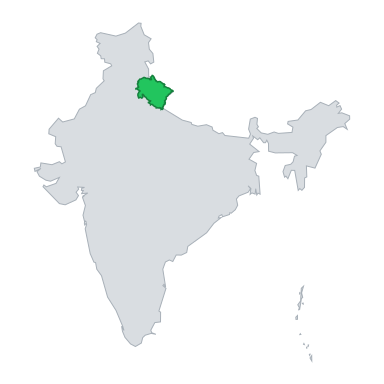 India, with Uttarakhand highlighted
{"feature_id": "IND-3254", "entity_name": "Uttarakhand", "entity_type": "State", "adm_level": 1, "iso_a3": "IND", "parent_name": "India", "parent_adm1": "", "projection": "mercator", "projection_center": [79.21, 30.097], "detail": "fine", "context": "in_parent", "style": "filled", "palette": "green", "viewbox_px": 384, "rotation_deg": 0, "n_neighbors": 0, "source": "natural_earth", "source_scale": "10m", "svg_char_len": 7920}
<svg xmlns="http://www.w3.org/2000/svg" viewBox="0 0 384 384"><path d="M34.3,168.3L40.3,167.0L40.9,162.9L52.0,164.7L59.4,161.7L61.9,163.8L65.4,161.9L61.1,146.8L57.0,146.3L55.2,143.8L55.7,136.7L48.8,133.8L49.1,129.2L58.5,118.2L62.7,122.0L74.3,118.9L79.4,109.2L85.5,105.8L90.7,94.6L95.3,92.6L96.3,88.3L104.2,80.8L103.0,78.9L103.4,70.8L111.7,65.8L110.7,63.8L104.8,62.2L104.5,58.8L101.2,58.7L100.7,55.8L97.4,53.3L99.0,49.1L97.1,46.4L100.1,43.4L96.3,41.7L97.1,39.6L95.2,37.8L97.0,34.2L100.6,32.7L115.9,36.1L125.4,33.1L138.5,23.0L141.1,23.3L140.8,26.3L144.2,34.8L151.1,38.8L148.5,42.6L149.3,49.2L152.9,53.5L153.8,62.1L150.6,63.9L148.2,60.9L144.8,61.9L148.6,69.1L148.7,77.1L152.6,76.1L156.8,81.3L163.9,83.9L164.3,86.6L173.2,91.7L166.6,97.1L163.0,108.3L182.3,120.1L191.2,122.5L191.8,124.4L197.8,126.2L206.5,124.7L212.1,127.0L212.9,130.2L218.9,133.7L222.5,132.6L224.9,135.5L248.7,138.2L250.5,134.0L248.6,129.1L250.3,119.1L255.0,117.3L257.5,118.4L256.9,124.3L258.4,126.8L256.8,128.5L261.2,132.9L267.8,134.3L274.1,132.0L278.4,133.4L292.0,132.4L292.9,127.1L287.6,123.9L288.1,121.4L297.9,120.0L305.6,110.8L311.1,109.5L320.4,102.3L328.7,105.7L335.7,100.6L339.1,103.1L336.6,105.2L336.8,107.1L340.0,105.6L341.6,109.1L338.3,113.4L341.8,112.8L349.6,115.8L349.7,119.2L344.8,123.5L347.2,129.3L343.2,126.6L337.4,127.5L325.9,135.6L325.9,142.3L319.9,150.9L321.3,154.2L315.0,168.1L306.4,165.9L306.8,176.9L304.6,178.0L304.5,187.4L301.9,190.3L299.8,188.6L298.2,190.4L294.7,170.4L291.3,170.3L287.9,178.7L285.9,176.1L284.6,177.2L283.0,171.6L285.2,165.5L290.7,164.3L293.1,161.8L294.5,156.2L297.1,155.4L292.6,152.7L275.2,152.9L268.6,151.2L268.5,143.5L266.8,140.2L265.5,142.7L263.6,142.7L259.8,137.8L257.7,139.7L252.8,136.0L253.5,138.3L249.7,144.1L259.1,151.6L253.7,152.5L249.0,159.2L256.6,163.4L254.9,170.5L256.6,175.4L258.8,176.2L260.1,194.2L258.0,193.1L256.8,195.0L255.7,188.7L255.1,194.1L251.9,192.9L250.1,194.4L250.9,188.5L248.1,185.8L250.5,188.7L248.2,192.2L239.0,195.9L236.4,199.0L237.7,205.2L235.3,209.7L231.2,213.2L229.8,212.7L229.5,214.5L222.5,216.8L221.8,214.6L219.0,216.1L218.3,218.0L221.1,217.6L213.9,223.3L206.6,232.8L187.8,246.4L186.7,252.5L181.3,255.1L176.2,255.0L172.8,261.5L169.3,260.0L165.4,262.0L162.8,269.2L165.6,286.9L163.9,284.4L162.9,285.6L166.0,288.3L158.9,311.0L160.6,312.2L160.5,321.9L154.8,322.6L150.8,330.2L151.7,332.7L155.9,334.3L151.2,333.4L145.2,335.2L142.7,337.6L141.3,343.1L135.4,346.5L130.5,343.9L125.0,337.4L122.5,331.4L121.6,326.2L124.0,330.5L122.7,326.3L116.0,310.4L107.6,297.1L101.5,275.7L96.8,269.2L95.6,262.6L93.9,262.1L90.2,253.6L85.2,228.8L86.6,224.5L86.3,223.0L84.8,225.0L84.4,223.9L84.5,221.3L86.4,221.6L84.3,220.6L83.0,215.2L85.4,205.5L82.5,197.4L83.7,196.3L82.4,196.4L87.8,193.0L81.6,193.7L83.3,190.5L81.4,190.4L81.7,188.3L84.5,187.4L77.7,187.0L78.7,189.1L76.1,192.2L78.5,195.6L75.9,199.9L65.2,204.8L59.4,203.6L43.0,186.7L43.9,185.0L46.3,186.8L56.0,183.4L59.4,177.4L50.5,181.2L45.9,180.2L39.4,176.2L37.0,171.7L40.9,168.4L35.0,171.4L34.3,168.3ZM299.8,308.5L297.8,304.8L300.6,300.9L301.3,288.3L303.5,286.2L301.6,292.9L302.7,297.4L301.4,298.6L299.8,308.5ZM311.7,355.6L311.8,361.0L310.0,358.0L311.7,355.6ZM297.5,319.3L296.0,319.4L295.8,317.2L297.5,315.5L297.5,319.3ZM306.9,347.1L306.8,348.7L306.5,347.2L306.9,347.1ZM308.6,345.0L308.0,347.0L308.2,344.9L308.6,345.0ZM310.3,353.7L309.7,355.4L309.3,354.7L310.3,353.7ZM300.8,334.5L299.8,334.6L300.3,333.7L300.8,334.5ZM299.5,309.3L298.5,310.2L299.0,308.8L299.5,309.3ZM303.0,303.0L303.5,304.5L302.4,303.4L303.0,303.0ZM304.4,344.6L303.5,344.3L303.9,343.5L304.4,344.6ZM299.9,292.9L299.4,294.5L299.7,292.7L299.9,292.9Z" fill="#d9dde1" stroke="#a8b0b8" stroke-width="1"/><path d="M164.6,86.7L165.0,86.7L165.8,86.9L166.9,87.5L167.4,87.7L167.8,88.0L168.2,88.0L168.3,87.9L168.5,87.9L168.7,88.0L169.8,88.6L170.1,88.8L170.2,89.0L170.4,89.4L170.6,89.6L171.6,90.1L172.5,90.4L172.8,90.6L173.0,90.9L173.1,91.1L173.0,91.3L172.9,91.3L172.2,91.5L171.9,91.3L171.8,91.1L171.6,91.3L171.5,91.5L171.3,91.6L171.4,92.0L171.2,92.3L170.6,92.8L170.4,92.9L170.1,93.5L169.6,93.9L169.3,94.1L169.2,94.2L169.0,94.3L168.6,94.3L168.4,94.4L168.3,94.6L168.2,95.1L168.0,95.5L167.4,96.2L167.2,96.4L166.5,96.5L166.2,96.8L166.1,97.1L166.1,97.4L166.2,97.7L166.3,98.1L166.4,98.4L166.4,98.7L166.3,98.9L166.1,99.2L166.0,99.3L165.9,99.3L165.8,99.5L165.7,99.8L165.4,100.0L165.2,100.2L165.1,100.3L165.1,100.5L164.7,100.7L164.6,100.8L164.6,101.0L164.9,101.6L165.0,102.1L165.0,102.3L165.3,102.3L165.3,102.6L165.3,102.9L165.1,103.7L164.9,103.7L164.6,103.6L164.8,104.3L164.8,104.5L164.6,104.6L164.4,104.7L164.2,104.7L163.7,104.8L163.5,105.3L163.4,105.8L163.4,106.2L163.3,106.5L163.2,106.6L162.8,106.8L162.7,107.0L162.6,107.4L162.6,107.7L162.7,108.2L162.9,108.4L163.0,108.4L163.0,108.6L162.9,108.9L162.6,109.2L162.4,109.3L162.1,109.5L161.8,109.4L161.6,109.3L161.5,109.2L161.5,108.9L161.4,108.9L161.2,108.9L161.1,109.0L161.1,108.9L161.1,108.7L161.0,108.4L160.9,108.5L160.6,108.6L160.4,108.5L160.4,108.3L160.5,108.1L160.4,107.8L160.2,107.7L159.7,107.6L159.3,107.7L159.3,107.8L159.0,108.0L158.3,107.9L158.1,108.0L157.9,108.0L157.7,107.9L157.6,107.7L157.1,107.7L156.2,108.0L156.1,107.7L156.0,107.1L155.9,107.0L155.8,106.9L155.6,106.7L155.4,106.5L155.1,106.6L154.9,106.6L154.7,106.5L153.3,105.5L153.1,105.4L153.0,105.2L153.0,104.9L152.9,104.8L152.0,104.3L151.9,104.3L151.6,104.4L150.9,104.6L150.5,104.9L150.4,104.2L150.2,103.7L148.4,102.7L148.5,102.5L148.5,102.4L148.5,102.2L148.8,102.1L149.0,102.2L149.4,101.9L149.5,101.8L149.8,101.9L150.4,101.4L150.5,101.2L150.6,100.9L150.4,100.8L149.6,100.7L149.4,100.6L147.6,99.5L147.0,99.0L146.6,98.5L146.4,98.1L146.2,97.6L145.8,97.2L144.7,96.7L144.4,96.4L144.2,95.7L143.7,95.1L143.1,94.4L142.9,94.3L142.7,94.3L142.4,94.4L142.4,94.5L142.3,95.0L142.4,95.3L142.7,96.3L142.8,96.9L142.7,97.4L142.3,97.8L141.8,98.1L141.5,98.0L141.5,97.9L141.1,97.6L140.4,97.3L140.3,97.2L140.1,97.2L139.8,97.5L138.8,98.0L138.3,97.0L138.2,96.7L138.1,96.0L137.9,95.5L137.9,95.3L137.9,94.8L137.9,94.3L137.9,94.0L138.4,93.3L138.8,92.1L139.2,91.7L139.8,91.3L140.0,91.1L140.0,90.9L139.9,90.7L138.6,90.1L137.9,89.7L137.0,88.8L136.7,88.7L136.1,89.0L136.1,88.9L136.0,88.7L135.9,88.6L136.0,88.4L136.3,88.3L136.6,88.2L136.8,88.2L137.0,88.2L137.3,88.1L138.1,87.5L138.4,87.4L138.5,87.4L138.6,87.2L138.6,86.9L138.3,86.8L138.2,86.8L138.1,86.7L137.9,86.2L138.1,86.0L138.1,85.9L138.1,85.5L138.0,85.4L137.9,85.2L137.8,84.7L137.5,84.2L137.4,84.1L137.4,83.8L137.7,83.3L137.8,82.8L137.9,82.7L138.0,82.7L138.1,82.8L138.3,82.8L138.4,82.5L138.4,82.2L138.2,81.9L137.9,81.6L138.0,81.4L138.2,81.5L138.3,81.5L138.4,81.4L138.5,81.3L138.6,81.2L138.4,80.8L138.5,80.7L139.2,79.9L139.5,79.5L139.9,79.1L140.0,79.0L140.7,79.1L140.9,79.1L141.1,79.0L141.4,78.9L141.9,78.5L142.6,78.1L143.2,77.9L143.7,77.5L143.8,77.5L144.0,77.5L144.4,77.5L144.6,77.5L144.8,77.6L145.0,77.8L145.3,77.8L145.8,78.3L146.0,78.4L146.5,78.3L146.9,78.3L147.2,78.3L147.4,78.3L147.5,78.4L147.7,78.5L147.8,78.5L148.1,78.5L148.4,78.5L148.8,78.6L149.0,78.6L149.3,78.7L149.5,79.1L149.6,79.4L149.8,79.5L150.0,79.7L150.7,79.7L150.9,79.7L151.0,79.7L151.4,79.6L151.4,79.3L151.4,79.1L151.1,78.6L150.8,78.2L150.4,77.8L150.3,77.7L150.6,77.8L150.8,77.4L151.0,77.1L151.3,76.9L151.6,76.4L152.0,75.9L152.2,75.4L152.3,75.4L152.9,75.7L153.2,76.0L153.4,76.2L153.5,76.5L153.7,76.8L154.0,77.0L154.0,77.3L154.3,77.7L154.1,78.0L154.5,78.2L154.6,78.4L154.7,78.6L154.7,78.9L154.7,79.1L154.9,79.4L155.4,79.8L155.5,80.0L155.6,80.3L155.7,80.7L155.8,80.9L156.1,80.9L156.3,80.9L156.6,81.0L156.7,81.3L156.8,81.4L157.0,81.6L157.2,81.8L157.3,81.9L157.6,81.9L157.7,82.0L157.8,82.0L158.3,81.7L158.5,81.6L158.9,81.6L159.4,81.5L159.7,81.5L160.5,81.7L160.6,81.8L160.8,81.9L161.0,82.3L161.2,82.6L161.3,82.7L161.6,82.8L162.3,83.1L162.6,83.3L162.7,83.6L162.9,83.9L163.3,84.0L163.8,83.8L164.0,83.8L164.4,84.4L164.7,84.6L164.8,84.7L164.5,85.2L164.4,85.2L164.2,85.2L164.1,85.3L164.1,85.5L164.3,85.8L164.5,86.2L164.4,86.3L164.3,86.5L164.2,86.7L164.6,86.7Z" fill="#22c55e" stroke="#15803d" stroke-width="1.5"/></svg>